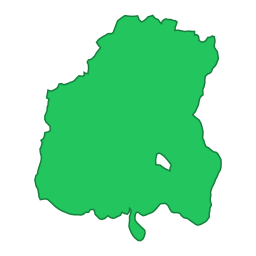 São Pedro, São Paulo, Brazil (Equal Earth projection)
{"feature_id": "56859067B92342364496161", "entity_name": "São Pedro", "entity_type": "district", "adm_level": 2, "iso_a3": "BRA", "parent_name": "Brazil", "parent_adm1": "São Paulo", "projection": "equal_earth", "projection_center": [-47.917, -22.558], "detail": "fine", "context": "isolated", "style": "filled", "palette": "green", "viewbox_px": 256, "rotation_deg": 0, "n_neighbors": 0, "source": "geoboundaries", "source_scale": "gbopen_adm2", "svg_char_len": 3482}
<svg xmlns="http://www.w3.org/2000/svg" viewBox="0 0 256 256"><path d="M59.1,84.0L57.7,87.5L55.0,89.5L51.0,91.2L48.0,90.1L47.4,93.7L46.6,97.9L49.0,99.1L48.2,102.3L48.1,104.9L47.2,107.2L47.2,110.1L46.4,112.5L45.0,115.4L44.8,119.3L46.1,122.2L47.9,123.9L50.0,126.3L50.4,130.5L48.3,131.9L44.9,132.6L44.3,136.5L43.4,138.7L41.0,140.3L42.2,142.4L41.4,146.1L40.0,149.1L40.4,152.9L41.4,156.6L41.2,160.2L39.6,165.5L38.5,168.7L37.9,171.3L37.3,174.3L35.8,175.8L34.9,180.2L36.2,186.2L37.8,189.0L38.5,192.6L39.0,196.6L40.3,199.6L42.2,199.4L44.4,198.9L47.4,199.2L50.6,202.0L52.8,204.1L54.3,205.6L55.9,207.0L58.7,209.0L61.0,210.3L62.6,211.2L64.6,211.9L66.6,212.7L68.6,213.6L71.6,214.4L74.2,214.7L76.1,214.7L78.9,214.8L81.1,215.0L83.4,214.2L85.4,212.4L88.5,212.3L90.4,209.6L93.8,209.5L94.7,212.0L95.3,214.5L97.4,216.5L99.4,218.7L101.8,219.4L104.8,218.5L107.9,215.7L110.0,217.3L112.4,218.2L114.6,218.0L117.4,216.6L120.5,215.2L122.0,212.2L124.3,213.4L127.3,214.2L129.1,212.0L129.7,208.4L131.2,210.5L130.5,213.8L129.5,216.6L129.6,220.1L129.3,223.0L129.0,226.3L129.7,229.0L130.7,231.3L131.7,233.4L132.8,235.3L134.7,237.7L138.2,240.5L140.8,240.6L143.0,238.9L144.1,236.6L145.0,233.7L144.8,230.4L142.6,228.2L140.9,226.7L139.1,224.9L137.1,222.9L135.1,220.2L134.9,217.4L135.4,214.1L136.6,212.3L138.4,212.4L140.8,214.4L143.3,215.7L145.6,215.1L148.1,213.9L149.9,213.3L151.7,212.6L153.6,211.3L156.0,209.0L158.5,206.0L160.2,203.9L162.4,203.5L165.9,203.5L168.2,205.7L170.1,209.7L171.8,212.0L173.7,212.7L177.4,212.6L180.1,213.5L181.2,215.4L183.7,217.6L187.5,218.5L191.5,221.4L193.9,223.1L195.9,224.5L197.8,225.1L200.0,224.6L202.0,223.7L203.9,222.6L205.8,221.5L207.3,219.8L209.2,217.2L209.1,213.9L209.7,211.4L209.9,208.1L211.4,205.0L210.4,201.2L210.2,198.6L210.9,195.4L210.5,191.9L212.1,187.2L213.6,184.4L214.6,182.2L215.5,179.4L216.9,177.0L218.4,173.2L220.4,169.8L221.0,166.4L221.1,162.4L220.9,159.5L219.1,156.1L217.7,153.7L216.1,152.3L213.6,151.9L210.8,149.8L208.5,147.8L205.9,146.6L204.6,143.6L203.9,140.8L202.6,138.0L202.9,134.4L203.0,131.6L202.4,129.1L201.9,126.6L200.7,122.9L199.1,120.1L195.7,117.5L192.6,114.7L195.3,111.7L196.8,108.3L198.4,104.7L199.0,101.5L199.7,98.3L201.0,96.4L203.0,94.9L202.8,92.4L202.8,89.4L204.0,86.6L204.8,82.8L204.8,80.0L205.3,76.3L207.5,74.1L209.4,73.4L211.2,72.0L212.7,68.3L214.8,66.3L216.2,64.2L218.3,58.8L217.8,54.5L217.2,51.4L214.5,47.7L214.3,45.1L215.0,41.1L214.3,36.7L212.1,36.0L210.6,37.2L207.9,37.4L205.7,40.7L203.0,42.2L200.9,41.7L199.1,40.6L198.5,36.3L196.8,34.7L194.6,34.9L194.5,31.4L192.4,31.5L189.1,31.1L184.2,31.5L180.4,30.6L177.8,30.2L174.9,30.4L175.2,27.1L176.4,24.3L177.0,21.9L175.2,20.6L173.4,20.6L170.9,19.5L167.8,19.5L165.9,18.9L164.1,19.6L162.2,21.3L161.4,23.6L159.9,22.2L158.3,19.7L154.9,18.2L152.7,15.4L149.9,16.4L148.1,16.8L146.0,19.1L143.6,21.0L141.3,21.9L139.1,19.7L137.6,15.9L134.5,16.3L132.2,16.4L128.1,16.1L124.9,15.6L121.0,18.2L117.6,20.9L113.2,32.5L111.6,33.7L109.5,33.5L107.3,34.0L105.5,35.3L102.8,36.7L100.4,38.3L98.7,39.5L96.5,42.3L98.7,45.7L100.6,47.7L98.5,50.2L96.7,52.5L94.7,56.0L91.6,59.1L88.4,60.0L87.2,62.2L88.4,64.6L88.6,68.5L87.9,73.6L85.9,73.4L84.1,72.4L84.2,75.4L82.2,76.4L79.2,75.7L76.8,77.9L74.6,80.4L72.5,81.8L70.2,82.4L68.5,83.3L65.8,84.2L63.8,84.8L61.5,83.6L59.1,84.0ZM163.5,167.7L160.1,165.1L156.0,164.8L155.6,161.3L155.8,158.1L156.9,153.9L159.0,153.1L161.1,153.9L162.8,155.2L164.5,156.6L166.5,158.8L168.9,161.7L171.3,165.0L170.1,168.1L170.1,170.9L166.2,169.3L163.5,167.7Z" fill="#22c55e" stroke="#15803d" stroke-width="1.5"/></svg>